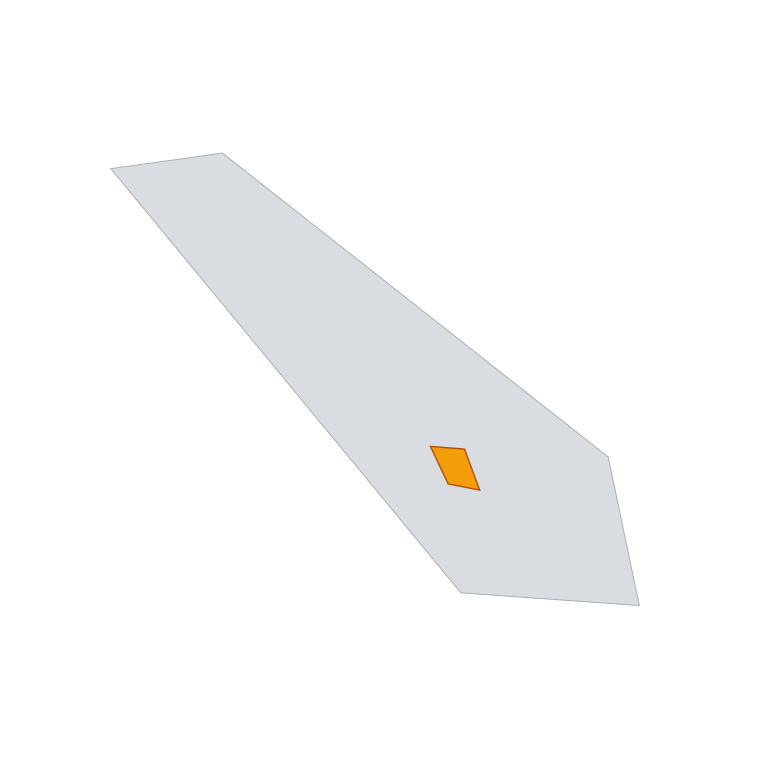 location of The Quarter within Anguilla, rotated 71°
{"feature_id": "AIA-5125", "entity_name": "The Quarter", "entity_type": "District", "adm_level": 1, "iso_a3": "AIA", "parent_name": "Anguilla", "parent_adm1": "", "projection": "natural_earth1", "projection_center": [-63.039, 18.231], "detail": "fine", "context": "in_parent", "style": "filled", "palette": "amber", "viewbox_px": 768, "rotation_deg": 71, "n_neighbors": 0, "source": "natural_earth", "source_scale": "10m", "svg_char_len": 375}
<svg xmlns="http://www.w3.org/2000/svg" viewBox="0 0 768 768"><g transform="rotate(71 384 384)"><path d="M606.5,379.3L91.4,572.2L113.1,461.6L526.0,195.8L676.6,214.7L606.5,379.3Z" fill="#d9dde1" stroke="#a8b0b8" stroke-width="1"/><path d="M499.4,355.8L458.1,360.4L467.4,339.2L471.7,329.1L515.4,328.1L499.4,355.8Z" fill="#f59e0b" stroke="#b45309" stroke-width="1.5"/></g></svg>